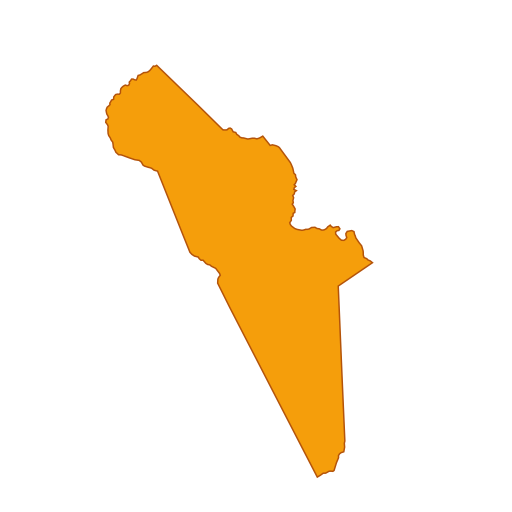 São Félix de Balsas, Maranhão, Brazil, rotated 321°
{"feature_id": "56859067B7509137190866", "entity_name": "São Félix de Balsas", "entity_type": "district", "adm_level": 2, "iso_a3": "BRA", "parent_name": "Brazil", "parent_adm1": "Maranhão", "projection": "natural_earth1", "projection_center": [-44.839, -7.108], "detail": "fine", "context": "isolated", "style": "filled", "palette": "amber", "viewbox_px": 512, "rotation_deg": 321, "n_neighbors": 0, "source": "geoboundaries", "source_scale": "gbopen_adm2", "svg_char_len": 2890}
<svg xmlns="http://www.w3.org/2000/svg" viewBox="0 0 512 512"><g transform="rotate(321 256 256)"><path d="M342.0,184.9L340.9,182.8L338.7,179.9L336.6,179.0L336.7,167.1L334.7,166.8L332.9,166.5L330.4,165.5L329.0,163.6L327.2,162.1L323.3,160.0L320.7,156.5L319.3,155.2L318.3,153.4L318.3,151.6L317.6,149.4L318.0,147.3L316.4,145.1L317.0,141.9L316.4,140.3L315.1,139.6L312.8,139.7L311.3,138.6L309.7,137.2L305.6,101.1L298.8,45.3L296.9,45.0L295.8,43.8L294.1,44.2L292.2,44.6L290.3,45.0L288.3,45.0L286.8,44.6L285.4,43.7L284.1,42.8L282.1,42.6L279.8,42.3L278.0,41.5L276.4,42.5L275.2,43.3L273.6,43.9L272.5,42.6L271.8,41.1L270.6,40.2L268.9,40.8L266.9,41.1L266.1,42.5L264.4,43.2L263.0,42.5L262.0,40.9L259.7,40.5L257.6,40.6L256.3,40.9L254.6,42.3L253.2,44.0L251.6,44.3L250.2,43.0L248.5,42.2L245.7,42.8L243.9,44.6L241.9,43.9L240.3,44.6L238.6,45.2L237.8,46.5L235.9,46.7L234.0,46.7L232.5,47.5L231.1,48.5L230.1,50.3L229.4,51.8L229.1,53.7L228.7,55.3L227.1,56.3L225.2,55.8L223.3,57.6L223.2,60.6L222.7,62.2L220.2,64.9L218.1,67.8L217.3,69.8L217.1,72.4L216.4,74.7L216.3,77.4L215.1,79.4L213.5,81.9L213.0,85.0L212.4,87.3L212.7,89.1L212.9,90.8L214.9,92.6L219.5,100.3L222.4,104.9L225.4,108.2L226.0,110.9L225.4,114.2L225.9,115.9L228.2,119.4L229.3,120.8L230.1,122.2L230.8,125.2L232.9,128.1L212.9,192.4L208.5,206.7L207.0,211.5L207.2,214.4L208.1,217.3L210.4,220.4L210.2,222.5L210.6,224.7L212.2,225.9L212.3,227.7L212.4,230.2L213.1,232.2L214.5,233.8L214.9,235.9L216.9,240.2L216.8,243.5L216.7,246.7L216.1,248.5L213.5,249.1L211.8,250.0L209.1,253.0L203.2,279.6L196.9,309.9L190.5,340.8L183.0,376.9L164.5,466.4L168.1,466.9L171.5,467.1L173.5,468.6L177.4,469.3L178.9,470.4L180.2,471.7L181.7,471.8L188.4,467.3L193.2,464.7L194.5,463.0L196.5,462.3L198.4,462.4L201.0,463.4L204.6,460.3L206.8,457.1L208.6,455.7L247.9,402.6L291.5,343.9L301.0,331.1L342.3,334.5L341.7,331.7L340.5,329.5L340.4,327.8L339.0,325.2L340.0,322.7L341.6,320.7L342.4,319.5L343.7,316.5L344.5,314.5L344.5,310.6L345.0,304.7L345.8,302.8L346.2,301.2L347.5,298.7L346.4,296.5L342.4,294.3L340.0,295.1L339.0,296.5L338.1,298.8L336.4,299.4L334.2,299.2L332.3,297.5L331.8,294.6L331.7,289.2L333.0,287.4L335.0,287.4L336.5,288.3L338.3,287.7L338.5,285.1L336.9,283.9L333.8,282.5L333.1,280.3L333.1,278.7L330.0,278.5L328.1,279.0L325.8,278.7L324.3,278.0L323.2,277.0L322.3,274.7L320.7,273.0L319.9,270.8L317.1,268.8L314.2,268.4L312.8,267.7L311.5,266.6L309.6,265.9L307.9,265.0L304.6,261.1L303.4,259.0L302.4,255.0L302.5,253.1L303.1,251.4L305.9,250.5L307.7,248.2L309.9,248.2L311.8,246.2L313.5,246.6L314.7,245.3L316.0,244.1L316.5,241.3L316.8,238.5L318.5,238.1L319.7,236.0L321.9,234.4L322.6,232.1L324.8,231.8L326.4,230.5L328.5,230.6L327.3,228.0L328.8,227.0L330.8,227.0L330.5,224.7L332.3,224.4L333.9,223.5L335.9,222.5L336.6,219.6L337.8,217.7L337.5,215.5L338.4,213.8L339.9,210.8L341.0,207.1L341.5,204.9L342.3,188.1L342.4,186.5L342.0,184.9Z" fill="#f59e0b" stroke="#b45309" stroke-width="1.5"/></g></svg>